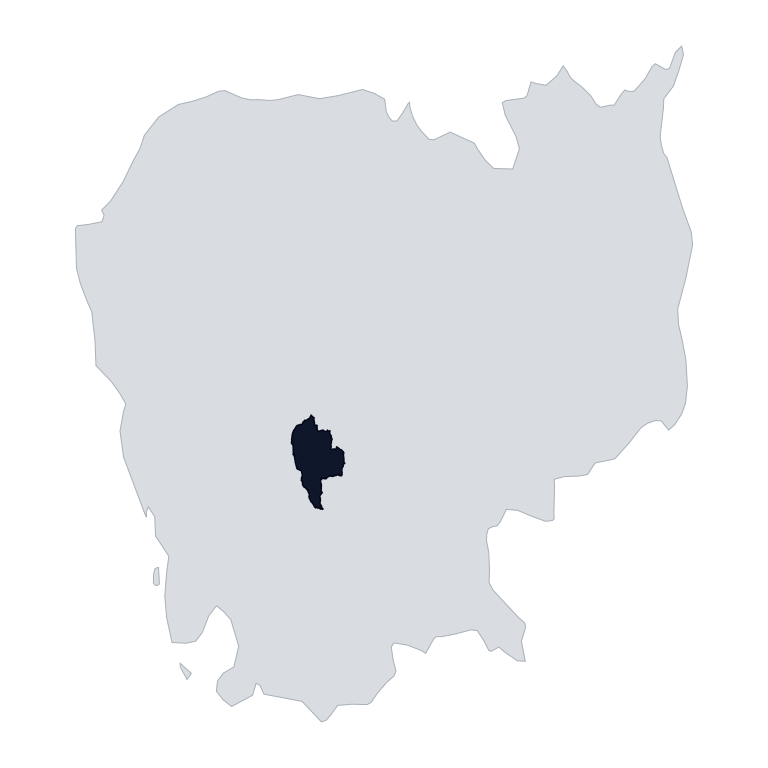 location of Tuek Phos, Kâmpóng Chhnang, Cambodia
{"feature_id": "14789045B78465140350357", "entity_name": "Tuek Phos", "entity_type": "district", "adm_level": 2, "iso_a3": "KHM", "parent_name": "Cambodia", "parent_adm1": "Kâmpóng Chhnang", "projection": "equal_earth", "projection_center": [104.364, 12.056], "detail": "fine", "context": "in_parent", "style": "filled", "palette": "ink", "viewbox_px": 768, "rotation_deg": 0, "n_neighbors": 0, "source": "geoboundaries", "source_scale": "gbopen_adm2", "svg_char_len": 8462}
<svg xmlns="http://www.w3.org/2000/svg" viewBox="0 0 768 768"><path d="M681.6,46.1L683.5,54.7L678.7,71.0L673.5,85.9L663.8,98.8L663.4,108.3L660.1,136.8L661.5,145.8L663.8,153.6L667.0,157.7L675.6,185.6L683.5,210.9L691.2,231.7L692.6,244.9L685.8,278.3L677.7,309.0L678.5,324.3L682.1,339.6L685.9,360.0L687.4,386.1L685.5,403.2L681.8,413.7L674.8,424.6L668.6,430.1L661.2,420.9L655.3,420.5L647.4,423.3L641.2,427.5L628.6,443.5L614.6,459.0L595.2,462.9L587.6,474.4L579.5,476.0L564.2,476.6L554.1,479.3L554.6,485.1L553.9,512.4L554.1,518.8L552.5,520.5L545.6,521.3L533.8,517.1L517.8,510.4L506.4,509.3L500.6,521.2L497.2,525.9L492.9,526.6L488.4,528.7L486.8,534.0L486.5,540.7L488.7,552.0L489.5,570.1L489.0,582.5L493.2,590.3L517.6,616.5L524.8,623.1L525.7,627.0L521.4,641.2L525.3,661.3L517.6,660.9L504.9,652.3L498.8,647.0L491.4,651.3L488.8,650.5L483.8,640.6L477.2,630.5L470.5,629.9L456.3,633.8L441.8,636.6L436.3,636.6L434.0,638.4L425.6,653.4L422.0,650.8L407.4,645.1L394.0,642.9L391.3,646.8L392.9,659.0L395.9,671.0L394.1,676.0L386.8,682.3L377.1,693.6L371.2,702.4L367.1,704.6L352.3,704.2L337.6,705.4L331.7,713.7L326.2,720.2L321.4,721.9L302.1,701.4L264.0,694.2L259.8,685.1L256.1,683.4L252.6,695.2L231.6,706.5L222.9,699.6L216.4,691.4L217.4,681.2L223.5,673.0L233.9,667.0L238.7,646.3L230.8,619.6L223.9,611.9L216.5,605.8L208.8,615.7L202.3,632.6L195.5,641.3L186.0,643.2L172.0,642.5L166.6,617.3L164.8,595.6L166.8,570.9L168.9,556.2L155.5,536.0L154.8,516.8L148.3,506.9L146.3,511.9L146.5,517.4L144.7,513.4L123.5,457.0L120.0,430.9L123.7,410.8L125.9,404.0L119.8,393.4L111.2,381.4L96.0,365.7L95.0,340.7L91.7,311.4L87.2,301.5L80.3,283.4L76.5,268.4L75.4,228.9L77.3,225.7L88.1,224.5L101.9,221.7L104.1,215.3L101.7,210.0L110.5,201.1L123.3,181.4L133.1,161.0L140.2,148.0L144.4,135.2L158.7,117.0L178.3,104.5L191.6,101.5L205.5,97.2L218.8,91.2L225.1,90.6L241.6,97.9L250.5,99.8L259.8,99.7L269.5,100.5L278.0,99.7L298.2,94.6L319.6,98.7L338.8,95.5L362.4,89.5L374.1,93.3L384.7,99.2L386.2,111.2L388.6,116.7L392.2,121.0L396.9,121.0L402.9,112.6L407.9,103.9L409.6,102.3L409.8,106.6L412.4,115.9L416.9,125.2L421.5,131.3L429.1,139.4L434.0,139.8L450.2,132.1L474.5,143.3L477.4,148.9L485.3,160.3L493.8,168.5L512.7,169.0L519.4,148.9L516.1,136.7L505.3,115.4L502.3,102.8L505.8,100.6L524.0,98.2L527.0,95.8L531.0,81.9L536.0,83.5L546.1,85.3L556.8,75.9L563.1,66.0L566.6,70.5L570.4,77.4L574.6,81.4L582.3,87.4L590.8,95.8L596.1,104.1L600.4,107.3L611.2,105.0L614.1,105.3L620.4,95.3L624.8,89.9L628.6,91.4L634.1,91.3L645.3,78.5L651.8,66.9L655.3,63.7L665.5,69.5L669.5,68.4L675.3,52.4L681.6,46.1ZM159.4,583.9L157.3,585.4L155.4,585.4L153.4,583.1L153.6,574.0L155.1,568.4L158.5,567.4L159.4,583.9ZM191.3,673.4L187.0,679.5L180.2,666.9L180.2,663.3L191.3,673.4Z" fill="#d9dde1" stroke="#a8b0b8" stroke-width="1"/><path d="M311.1,415.3L310.6,416.4L310.0,417.2L309.7,418.0L309.2,418.5L308.9,418.6L308.6,418.8L308.2,418.9L308.2,419.1L308.3,419.5L308.2,419.8L307.8,419.5L307.7,419.7L307.5,419.8L306.9,419.8L306.5,420.3L306.2,420.4L305.9,420.4L305.6,420.3L305.2,420.4L304.7,420.3L304.5,420.6L304.4,420.8L304.2,420.9L304.1,421.0L304.0,421.4L303.7,421.5L303.3,421.8L302.9,422.5L302.7,422.8L302.6,423.5L302.3,424.1L302.0,424.1L301.3,424.7L301.0,424.6L300.8,424.8L300.6,424.8L300.3,424.5L300.2,424.5L299.9,424.8L299.3,425.0L299.1,425.1L298.8,425.0L298.5,425.2L298.3,425.2L298.1,425.3L297.5,425.3L297.0,425.6L296.9,426.0L296.5,426.2L296.1,426.6L295.7,427.6L295.1,428.4L294.9,429.2L294.6,429.3L294.5,429.6L294.2,429.8L294.1,430.0L293.8,430.1L293.6,430.4L293.5,430.9L293.5,431.3L293.1,431.9L292.9,432.6L292.6,433.1L292.6,433.7L292.3,434.4L292.0,437.1L291.6,439.6L291.8,440.1L292.0,440.2L292.1,440.6L291.9,440.9L291.6,441.3L291.5,441.5L291.6,442.3L291.5,442.6L291.5,443.2L291.8,443.9L292.4,444.0L292.6,444.4L292.8,444.5L292.9,445.1L293.1,445.4L293.1,445.9L293.1,446.2L293.1,447.7L293.3,448.7L293.2,449.3L293.2,450.3L293.3,450.6L293.3,452.4L293.3,452.7L293.2,453.4L293.4,454.1L293.1,454.4L293.4,454.7L293.9,454.8L294.0,455.6L294.3,455.7L294.5,456.1L294.4,456.7L294.6,456.9L294.5,457.3L294.6,457.8L294.9,458.2L294.8,459.1L295.2,460.5L295.2,461.3L295.4,461.5L295.3,462.2L295.4,462.9L295.7,463.2L295.8,463.5L296.0,465.3L296.3,465.8L296.4,466.7L296.8,468.1L297.2,468.8L297.6,469.2L298.8,469.5L299.4,470.0L300.4,470.3L300.9,470.2L301.3,470.9L301.5,471.5L301.7,471.8L301.8,473.0L302.1,473.9L302.3,474.7L302.1,476.4L301.4,478.1L301.4,479.2L301.6,479.7L301.7,480.1L301.8,480.3L301.6,480.4L301.9,480.6L301.8,480.9L301.9,481.1L302.1,481.4L302.3,481.4L302.2,481.7L302.5,482.0L302.5,482.7L302.8,482.6L302.8,483.5L302.7,483.8L302.5,484.0L302.6,484.3L302.6,484.6L302.7,485.0L303.2,485.9L303.8,486.3L303.8,486.7L304.1,487.1L304.3,487.0L304.5,487.4L304.9,487.4L305.3,487.8L305.8,488.0L305.9,488.3L306.1,488.6L306.3,488.7L306.4,488.9L306.6,488.9L306.7,489.3L307.3,489.6L307.3,490.0L307.5,490.0L307.8,490.3L308.0,490.3L307.9,490.5L308.1,490.7L308.0,490.9L308.1,491.7L308.1,491.8L308.3,491.8L308.6,492.1L308.5,492.4L308.7,492.7L308.7,492.9L308.9,493.1L308.9,493.4L309.1,493.5L309.2,493.8L309.4,493.9L309.5,494.2L309.3,494.6L309.4,495.0L309.2,495.3L309.1,495.5L309.2,496.0L309.0,496.4L309.1,496.6L309.0,496.8L309.4,497.5L309.3,497.8L309.3,498.2L309.3,498.4L309.7,499.0L310.1,499.2L310.3,499.6L310.3,500.3L310.6,500.8L310.8,501.3L311.0,501.2L311.1,501.7L311.3,501.9L311.6,502.0L311.7,502.3L311.8,502.3L311.9,502.6L312.3,502.9L312.4,503.2L312.8,503.6L313.0,504.1L313.5,504.6L313.6,505.0L313.8,505.1L314.0,505.7L314.5,506.8L315.1,507.1L315.1,507.3L315.2,507.5L315.3,507.5L315.6,507.8L316.0,507.4L316.3,507.6L316.9,507.3L317.6,508.0L318.0,507.7L318.3,507.6L318.4,507.8L318.6,508.0L319.0,508.0L319.4,508.5L319.6,508.5L319.9,508.3L320.4,508.9L320.6,508.8L320.8,509.0L321.0,508.9L321.2,509.0L321.6,508.9L321.8,509.0L322.0,509.2L322.7,509.3L322.9,508.9L322.5,508.8L322.3,508.6L322.2,508.1L321.9,507.7L321.8,507.2L321.7,507.0L321.6,506.6L321.4,506.3L321.4,505.9L321.2,505.4L320.5,504.7L320.1,503.8L320.1,503.4L320.0,503.0L319.7,502.5L320.0,502.1L320.0,501.9L320.2,501.6L320.2,501.4L320.4,501.1L320.3,499.4L320.2,499.1L320.2,498.8L320.4,498.4L320.4,498.1L319.8,497.6L319.7,497.3L319.8,496.4L320.0,495.5L320.2,495.2L321.8,493.3L322.1,492.7L322.1,492.2L321.3,491.2L321.0,490.7L321.3,488.6L321.3,486.7L321.4,485.6L321.3,484.6L321.3,483.9L321.0,483.4L320.6,482.5L320.6,482.2L320.6,480.8L320.5,480.5L320.8,479.7L321.3,479.1L321.5,479.2L321.5,478.9L321.6,479.0L321.7,478.8L321.9,478.7L322.2,478.5L322.2,478.3L322.8,478.5L323.3,478.2L323.9,478.5L323.9,478.3L324.1,478.2L324.2,478.5L324.5,478.7L324.8,478.4L325.5,478.7L325.8,478.3L325.9,478.1L326.4,478.1L326.5,478.2L326.6,477.7L327.2,477.5L327.6,477.0L328.1,476.8L328.5,476.6L329.0,476.5L329.5,475.6L329.9,475.8L331.0,476.2L331.8,476.4L332.6,476.4L333.7,476.2L335.2,475.5L336.3,475.4L337.2,474.8L337.6,474.7L338.3,474.9L339.0,475.3L339.6,475.5L340.1,475.8L340.9,475.4L341.3,475.6L341.6,475.7L342.0,474.7L342.1,474.1L342.0,471.6L341.7,470.9L341.9,469.7L341.9,469.1L342.3,467.4L343.2,466.5L343.1,465.4L343.2,464.7L343.3,464.3L344.1,463.9L344.3,463.5L344.7,463.3L344.4,462.8L343.8,462.2L344.0,461.7L343.9,461.1L343.9,459.6L343.8,458.4L343.8,457.4L343.6,456.7L343.5,456.0L343.5,455.3L343.3,454.3L343.3,454.1L343.7,453.7L343.8,453.4L343.8,453.2L343.6,452.2L343.3,451.7L342.5,451.2L342.2,450.9L342.2,450.7L341.9,450.5L341.4,449.8L341.0,449.6L339.7,449.5L339.3,448.7L338.5,448.2L338.0,447.6L337.4,447.4L336.9,446.9L336.7,446.9L336.6,447.0L336.0,449.6L334.7,449.0L334.0,448.9L332.8,449.2L332.0,449.5L331.1,449.2L331.0,448.9L331.0,448.6L330.8,447.0L330.9,446.7L331.2,446.7L331.2,446.0L330.9,445.2L330.8,444.3L331.0,443.6L331.5,442.8L331.3,441.7L331.3,441.2L331.5,440.5L332.0,439.8L332.0,438.9L331.8,438.3L331.0,437.6L330.9,437.4L331.0,437.2L331.3,436.9L331.3,436.7L331.2,436.0L331.1,435.6L330.7,435.4L330.3,434.4L329.9,434.0L329.7,433.7L329.8,432.6L329.7,432.1L329.8,431.5L330.0,431.1L329.9,430.8L329.7,430.9L329.6,431.3L329.4,431.2L329.0,431.3L328.8,431.1L328.4,431.1L328.2,431.0L327.4,430.2L327.2,430.4L326.9,431.1L326.2,431.6L325.9,431.8L324.9,431.4L323.4,430.3L323.0,430.1L322.0,430.3L318.7,431.3L318.1,431.3L317.8,430.9L317.1,429.5L317.0,429.2L317.1,428.6L317.1,427.6L317.1,427.3L316.9,426.9L316.9,426.3L317.0,426.0L317.2,425.5L316.6,425.2L316.1,425.5L315.4,425.2L315.3,425.4L315.0,425.4L314.8,425.3L314.6,424.8L314.4,423.6L314.5,422.5L314.5,422.2L314.0,421.3L314.0,420.9L314.1,420.2L314.0,419.8L313.6,419.2L313.9,418.4L314.2,417.9L313.9,417.6L313.2,417.3L311.9,416.0L311.4,415.7L311.1,415.3Z" fill="#0f172a" stroke="#020617" stroke-width="1.5"/></svg>